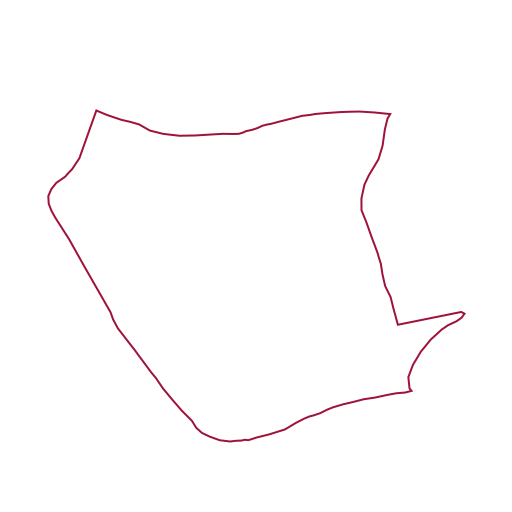 the district of Chbar Ampov, Kândal, Cambodia, rotated 347°
{"feature_id": "14789045B58474594002009", "entity_name": "Chbar Ampov", "entity_type": "district", "adm_level": 2, "iso_a3": "KHM", "parent_name": "Cambodia", "parent_adm1": "Kândal", "projection": "natural_earth1", "projection_center": [104.993, 11.51], "detail": "fine", "context": "isolated", "style": "outline", "palette": "rose", "viewbox_px": 512, "rotation_deg": 347, "n_neighbors": 0, "source": "geoboundaries", "source_scale": "gbopen_adm2", "svg_char_len": 1611}
<svg xmlns="http://www.w3.org/2000/svg" viewBox="0 0 512 512"><g transform="rotate(347 256 256)"><path d="M418.7,147.9L404.0,142.9L389.6,138.6L379.7,136.5L370.9,134.8L356.5,132.5L347.5,131.2L344.4,130.9L340.3,130.7L332.5,129.8L315.6,130.2L308.9,130.3L300.3,130.6L296.2,130.4L291.7,130.5L286.1,131.7L280.6,132.2L274.3,132.1L271.3,132.8L266.8,133.1L260.9,131.9L251.2,129.5L237.7,127.2L223.4,124.8L208.4,121.6L193.0,116.1L180.8,109.9L171.7,101.5L163.6,97.0L155.4,93.0L149.7,89.5L142.6,85.1L135.2,79.8L133.2,78.3L105.9,121.0L96.3,130.1L91.9,132.9L87.9,135.8L77.9,139.8L71.7,144.7L67.1,150.9L65.8,158.5L66.9,166.0L68.9,173.0L70.2,176.7L76.8,195.2L77.5,197.1L86.9,229.3L101.6,278.0L102.5,285.7L105.1,295.3L114.8,316.4L116.4,319.7L119.5,327.0L122.9,334.7L127.5,345.4L131.0,352.3L135.5,364.0L141.9,376.7L148.8,389.8L156.5,402.2L159.1,409.9L163.5,416.2L170.4,421.7L179.3,427.4L189.0,430.9L194.6,431.5L200.6,432.6L203.6,432.5L207.1,433.7L210.1,433.5L215.6,433.0L228.5,432.8L245.2,431.5L257.3,427.6L266.3,425.3L272.4,424.3L275.8,424.3L278.9,424.0L283.2,423.6L290.5,421.8L296.6,420.8L307.4,420.1L317.5,420.1L328.8,419.8L339.6,420.7L352.7,420.9L361.7,421.3L370.7,422.6L377.2,422.4L375.8,419.5L377.2,408.3L384.4,397.4L395.1,386.3L407.5,376.7L420.3,369.5L427.7,366.6L436.7,364.7L442.3,362.4L446.2,359.1L443.4,356.7L378.8,354.9L378.1,337.9L377.9,326.2L375.1,314.4L375.1,302.4L375.6,295.6L375.9,291.6L375.4,285.6L375.1,280.2L374.1,272.3L373.0,264.3L371.1,247.7L369.1,235.1L371.7,223.6L377.7,210.9L384.0,202.9L397.1,189.3L404.1,177.1L410.1,161.5L415.1,151.6L418.7,147.9Z" fill="none" stroke="#9f1239" stroke-width="2"/></g></svg>